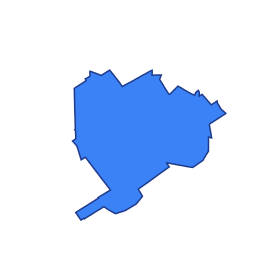 the district of Pecineaga, Constanta, Romania, rotated 327°
{"feature_id": "2599482B178784761980", "entity_name": "Pecineaga", "entity_type": "district", "adm_level": 2, "iso_a3": "ROU", "parent_name": "Romania", "parent_adm1": "Constanta", "projection": "mercator", "projection_center": [28.482, 43.893], "detail": "fine", "context": "isolated", "style": "filled", "palette": "blue", "viewbox_px": 256, "rotation_deg": 327, "n_neighbors": 0, "source": "geoboundaries", "source_scale": "gbopen_adm2", "svg_char_len": 4732}
<svg xmlns="http://www.w3.org/2000/svg" viewBox="0 0 256 256"><g transform="rotate(327 128 128)"><path d="M38.4,179.6L38.5,179.7L39.1,179.6L40.7,179.5L41.3,179.5L41.5,179.6L41.7,179.8L41.7,180.4L41.8,180.4L42.3,180.4L42.7,180.4L43.3,180.4L44.3,180.4L45.1,180.5L45.4,180.5L46.1,180.5L48.0,180.5L49.1,180.6L49.9,180.6L50.9,180.6L51.9,180.6L53.0,180.6L53.8,180.6L55.0,180.6L55.4,180.6L56.3,180.7L57.0,180.7L58.0,180.7L59.7,180.8L60.4,180.8L60.6,180.8L61.1,180.8L61.4,180.8L61.9,180.8L62.6,180.8L63.2,180.9L63.8,180.9L64.1,180.9L64.7,180.9L64.8,181.0L65.0,181.3L65.1,181.5L65.4,182.1L65.6,182.5L65.9,183.1L66.0,183.5L66.4,184.4L66.8,185.1L67.3,186.4L68.3,188.3L68.8,189.3L69.2,189.9L69.6,190.8L69.8,191.2L69.9,191.4L70.0,191.3L70.7,192.7L70.9,193.0L71.2,193.2L71.5,193.3L72.8,193.6L75.5,194.3L76.4,194.6L77.8,195.0L78.8,195.2L79.3,195.4L80.4,195.6L80.7,195.7L81.0,195.7L81.4,195.8L81.5,195.9L81.9,195.9L82.0,195.8L82.4,195.8L82.9,195.8L83.4,195.8L83.7,195.8L84.3,195.9L84.6,195.9L85.1,195.9L85.9,195.9L86.7,196.0L87.6,196.0L90.6,196.1L93.3,196.2L93.6,196.2L96.3,195.3L100.2,194.1L102.9,193.2L103.1,191.4L103.1,190.7L103.2,188.5L103.2,184.8L103.6,184.8L105.1,184.8L105.4,184.8L106.6,184.7L109.2,184.6L115.0,184.4L119.5,184.2L124.5,183.9L129.1,183.6L130.0,183.6L131.9,183.5L134.8,183.4L137.3,183.3L138.8,183.2L140.2,183.1L141.4,183.1L141.3,178.6L141.5,178.7L141.7,178.9L141.9,178.6L142.1,178.8L144.8,181.4L147.7,184.1L150.5,186.8L152.8,188.9L155.3,191.3L156.4,192.4L158.4,194.2L159.8,195.5L160.4,196.0L160.6,196.2L160.8,196.3L161.1,196.3L161.7,196.3L163.4,196.3L165.6,196.2L167.8,196.1L169.7,196.1L171.6,196.0L172.9,196.0L173.2,196.0L173.4,195.9L173.7,195.7L174.2,195.5L175.1,194.9L176.0,194.4L176.2,194.5L180.0,192.5L180.5,192.5L183.2,191.0L183.2,190.5L183.5,190.2L183.9,189.7L184.1,189.3L184.5,188.7L185.0,188.1L185.2,187.8L185.3,187.4L185.5,187.2L185.7,186.9L186.2,186.1L186.6,185.6L186.8,185.2L187.2,184.6L187.7,183.9L188.0,183.5L188.2,183.2L188.6,182.5L189.5,181.1L190.0,180.3L190.3,180.0L190.5,179.8L190.6,179.6L190.9,179.7L191.1,179.8L191.3,180.0L191.5,180.3L191.6,180.5L191.8,180.7L192.1,181.2L192.7,181.9L193.4,180.3L194.1,178.7L194.9,176.9L195.7,175.0L196.4,173.2L197.4,170.9L197.8,170.0L198.0,169.6L198.2,169.2L198.2,169.3L198.4,169.3L199.1,169.0L201.6,169.1L202.4,169.1L202.5,169.1L203.9,169.1L205.0,169.1L205.7,169.1L206.9,169.1L208.0,169.1L208.8,169.1L210.6,169.1L212.0,169.1L213.4,169.1L217.9,169.1L217.9,168.9L217.7,167.9L217.5,167.3L217.4,166.6L216.9,164.9L216.8,164.5L216.7,164.2L216.5,163.9L216.4,163.7L216.4,163.1L216.4,162.7L216.4,161.6L216.4,160.7L216.4,160.0L216.4,159.9L216.5,159.6L216.5,159.0L216.5,158.6L216.5,158.0L216.5,157.7L216.5,156.5L216.6,155.9L216.6,155.4L216.7,155.2L216.8,154.9L217.0,154.6L217.1,154.4L217.3,154.3L217.4,154.2L217.5,153.9L216.6,153.9L214.8,153.9L213.9,153.9L213.6,153.9L212.3,153.9L211.6,153.9L210.4,153.9L209.9,150.0L209.4,146.3L208.8,142.4L208.5,140.2L205.1,140.0L206.5,138.1L206.9,137.6L207.3,136.7L207.4,135.6L207.4,134.7L206.8,134.8L206.2,134.9L205.5,134.9L204.7,135.1L204.1,135.1L203.5,135.5L203.2,135.8L202.7,136.3L202.0,136.7L201.3,135.9L200.7,135.2L200.3,134.9L199.4,133.3L199.4,133.2L198.9,132.4L197.3,129.2L195.9,126.5L194.5,123.4L194.3,123.1L192.8,120.3L192.7,120.1L189.0,120.9L187.3,121.2L185.2,121.7L183.2,122.1L181.9,122.4L181.7,122.4L181.3,122.2L180.9,121.9L180.7,121.9L180.7,114.0L180.7,113.8L180.9,110.0L180.9,107.5L181.0,104.7L181.0,104.4L181.4,104.1L182.8,103.1L184.8,101.7L182.8,100.4L180.6,99.0L178.1,97.5L176.9,96.8L177.2,96.4L177.5,96.0L177.6,95.9L177.8,95.7L178.1,95.2L179.5,93.1L179.7,92.7L176.9,92.3L175.4,92.2L173.1,92.1L169.9,91.8L168.4,91.7L166.7,91.6L166.3,91.6L161.9,91.3L159.9,91.2L159.8,91.3L158.2,91.1L156.8,91.0L155.5,90.9L154.5,90.8L153.7,90.7L152.5,90.6L150.1,90.4L148.9,90.3L148.1,90.2L146.8,90.1L146.0,90.1L145.8,90.1L145.6,84.2L145.5,83.3L145.4,82.7L145.3,80.9L145.2,80.3L145.1,79.7L144.9,76.9L144.8,75.5L144.7,74.3L144.6,73.7L144.5,73.0L144.2,69.5L142.5,69.4L139.5,69.4L134.2,69.3L133.2,68.0L132.1,66.4L129.9,63.4L128.3,61.3L127.2,59.8L126.9,59.7L126.0,61.1L125.1,62.6L124.5,63.5L124.2,63.8L123.9,63.9L123.1,63.8L119.6,63.7L119.0,63.5L118.6,65.5L111.8,65.5L104.5,65.5L102.8,68.4L101.4,70.6L95.1,80.8L94.2,82.2L89.8,89.5L85.7,96.2L83.6,99.7L83.3,100.2L82.4,100.4L82.4,101.1L82.5,101.7L80.4,105.2L78.7,108.0L78.3,108.6L76.0,108.7L74.5,108.7L74.4,108.7L75.3,115.1L75.2,115.5L75.3,115.5L71.4,129.2L76.3,129.3L76.5,131.2L76.8,134.8L76.7,134.8L76.7,135.0L76.8,136.3L76.9,136.6L77.0,137.8L77.4,143.9L77.8,148.9L78.2,154.1L78.2,155.0L78.5,158.4L78.6,158.6L79.5,170.4L79.4,170.4L78.3,170.4L75.4,170.3L74.4,170.3L69.1,170.1L65.0,170.0L64.9,170.7L51.6,170.6L43.0,170.4L38.1,170.4L38.4,179.6Z" fill="#3b82f6" stroke="#1e3a8a" stroke-width="1.5"/></g></svg>